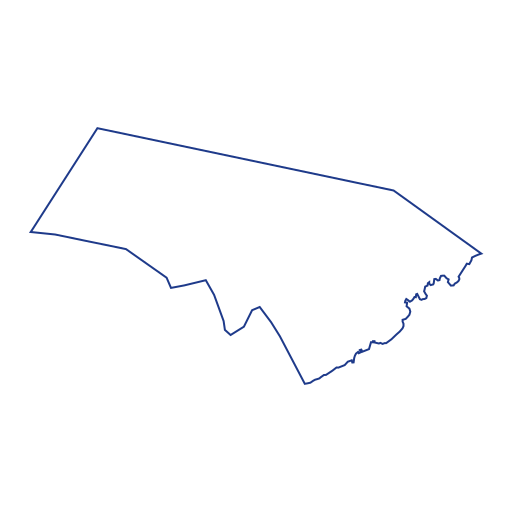 outline of Negerubesang, Melekeok, Palau
{"feature_id": "81905179B88331309358666", "entity_name": "Negerubesang", "entity_type": "district", "adm_level": 2, "iso_a3": "PLW", "parent_name": "Palau", "parent_adm1": "Melekeok", "projection": "albers", "projection_center": [134.627, 7.491], "detail": "fine", "context": "isolated", "style": "outline", "palette": "blue", "viewbox_px": 512, "rotation_deg": 0, "n_neighbors": 0, "source": "geoboundaries", "source_scale": "gbopen_adm2", "svg_char_len": 1730}
<svg xmlns="http://www.w3.org/2000/svg" viewBox="0 0 512 512"><path d="M356.4,182.7L97.4,128.2L31.8,230.4L30.7,232.0L55.1,234.5L85.5,240.8L126.0,249.1L166.6,277.7L171.0,287.9L184.3,285.4L205.8,280.2L214.1,294.9L223.6,321.0L224.9,329.9L230.6,335.0L243.9,326.7L252.1,310.2L259.7,307.0L271.1,322.2L279.9,336.3L304.8,383.8L307.2,383.4L310.4,382.7L313.1,380.8L315.1,379.7L317.6,379.0L319.4,378.4L320.4,377.5L323.9,375.0L326.0,374.9L332.5,370.6L336.5,367.5L338.4,367.6L342.2,366.1L344.7,365.1L347.8,361.7L350.4,360.8L351.7,360.3L352.3,362.5L353.6,362.4L354.2,358.0L354.9,355.7L356.0,353.6L358.1,351.9L358.8,353.2L360.7,352.3L359.9,350.0L361.3,349.6L362.4,351.7L369.0,349.1L371.0,342.2L372.9,342.3L373.0,341.2L374.5,341.2L374.7,342.5L378.9,343.5L380.4,342.9L382.6,343.9L384.7,343.1L386.2,343.1L391.4,339.3L396.4,334.5L399.7,331.6L402.5,328.4L403.5,326.1L403.5,323.7L402.6,321.6L402.6,319.8L405.7,318.9L407.8,316.7L409.4,314.8L410.3,311.6L409.4,308.6L406.6,306.3L407.1,302.7L405.0,302.4L405.3,300.8L406.3,299.0L407.8,300.0L409.9,301.7L412.1,300.4L413.4,298.8L414.5,297.0L415.8,297.2L416.2,294.3L417.2,293.9L417.8,295.1L419.9,299.2L421.5,299.8L422.9,299.1L424.6,299.0L426.3,298.1L426.9,295.7L425.7,294.1L424.1,291.3L424.6,289.4L425.2,286.6L427.5,285.6L427.9,283.2L429.2,282.2L429.2,283.6L430.7,285.1L433.2,284.4L433.7,283.4L434.3,279.1L435.8,278.9L437.9,280.5L439.5,280.1L439.8,278.4L441.0,275.9L442.5,275.7L444.3,275.7L446.6,278.3L448.6,279.4L447.9,282.1L450.9,285.6L453.6,285.4L454.8,283.6L456.8,282.5L458.4,281.1L459.3,279.4L459.3,278.1L458.6,276.7L463.6,268.9L465.3,266.3L466.8,263.7L469.3,264.1L471.4,260.3L472.0,257.5L475.5,255.8L478.7,254.5L481.3,253.6L393.6,190.5L356.4,182.7Z" fill="none" stroke="#1e3a8a" stroke-width="2"/></svg>